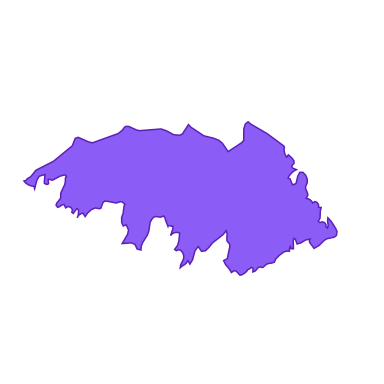 outline of Corse-du-Sud, rotated 306°
{"feature_id": "FRA-5281", "entity_name": "Corse-du-Sud", "entity_type": "Metropolitan department", "adm_level": 1, "iso_a3": "FRA", "parent_name": "France", "parent_adm1": "", "projection": "equal_earth", "projection_center": [8.909, 41.876], "detail": "fine", "context": "isolated", "style": "filled", "palette": "violet", "viewbox_px": 384, "rotation_deg": 306, "n_neighbors": 0, "source": "natural_earth", "source_scale": "10m", "svg_char_len": 3576}
<svg xmlns="http://www.w3.org/2000/svg" viewBox="0 0 384 384"><g transform="rotate(306 192 192)"><path d="M281.8,196.1L281.5,199.6L283.4,218.6L283.2,239.1L282.5,240.5L280.9,241.2L278.8,243.0L276.9,245.4L275.8,248.1L278.7,248.1L278.2,253.1L277.1,256.2L275.1,257.7L272.9,257.5L271.2,257.6L270.5,259.2L271.5,263.4L268.6,262.0L265.4,261.3L262.3,261.1L259.8,261.5L260.2,263.9L258.2,266.7L257.0,269.3L259.9,271.2L266.9,268.3L271.2,267.6L273.1,270.2L272.4,274.1L270.3,277.5L267.3,279.8L263.5,280.6L261.5,281.9L259.9,284.8L257.7,287.5L254.0,288.2L254.9,290.2L255.1,292.2L254.9,294.1L254.0,296.1L256.5,297.0L257.1,299.2L256.2,301.7L254.0,303.5L255.4,305.6L252.0,307.0L246.2,310.9L242.5,311.4L242.5,313.4L244.5,315.0L245.2,317.2L244.5,319.4L242.5,321.1L242.5,322.8L245.0,321.8L248.4,318.6L251.0,317.1L250.2,321.3L248.5,326.0L246.7,330.2L245.2,332.6L241.7,334.4L238.9,333.5L233.6,328.7L230.3,327.3L223.6,326.3L218.1,323.9L220.4,316.7L221.4,315.7L223.4,315.2L219.9,312.1L214.8,310.0L211.7,307.5L214.5,303.5L214.5,301.8L212.0,302.6L205.7,307.5L204.3,305.6L204.8,305.0L205.0,304.8L205.3,304.5L205.7,303.5L203.5,304.2L202.6,304.7L201.4,305.6L199.9,303.5L197.7,301.6L192.2,299.9L187.0,299.1L183.7,299.9L181.4,298.3L179.6,296.4L177.5,294.8L172.6,293.7L172.0,292.7L171.6,291.4L170.4,290.3L168.4,289.8L166.7,289.8L165.0,289.5L163.1,288.2L166.1,286.3L166.1,284.6L163.4,283.6L161.8,282.7L159.8,282.9L156.8,282.1L154.1,280.9L152.9,279.7L153.9,274.3L153.2,272.4L150.0,271.2L151.6,267.6L153.0,261.8L155.1,257.9L158.8,259.7L170.2,254.6L172.0,252.9L173.0,249.0L175.4,247.1L178.3,245.4L180.9,242.4L175.9,242.2L162.5,238.4L157.3,238.3L152.3,237.4L149.6,234.6L151.5,229.0L146.2,229.0L137.4,232.3L132.4,232.7L132.9,231.7L134.0,229.0L131.0,229.2L128.7,228.6L126.5,227.6L123.8,227.0L126.6,225.6L132.6,224.6L135.3,223.1L137.1,220.8L138.1,217.9L137.7,215.3L135.3,213.8L135.3,211.7L140.2,211.7L144.5,210.2L151.5,206.2L150.5,203.5L148.8,201.7L146.7,200.6L144.2,200.3L151.3,198.0L153.0,196.5L152.4,195.9L151.7,194.0L150.8,192.4L150.1,192.7L152.6,188.7L153.0,188.7L153.6,187.2L155.5,184.9L155.9,183.1L155.4,183.0L153.0,181.2L151.7,178.7L150.8,177.0L149.4,176.0L147.2,175.5L142.9,175.9L135.6,179.8L131.0,181.2L122.2,181.8L118.5,182.7L115.1,184.8L113.6,181.2L116.1,176.6L115.2,172.8L109.2,165.8L119.7,164.8L123.8,163.1L126.8,158.2L124.1,156.4L125.9,153.1L130.1,150.0L134.7,148.7L135.8,147.9L141.6,144.9L142.7,144.9L143.0,141.4L141.8,139.5L138.5,137.1L134.8,129.2L133.3,126.7L131.1,126.2L125.1,127.8L123.9,126.7L122.3,123.2L118.5,120.9L113.6,119.9L109.3,120.0L110.3,117.4L110.9,116.4L109.3,115.0L107.5,114.2L105.6,114.0L103.6,114.3L105.7,113.8L107.5,113.0L110.9,110.6L110.9,108.6L104.9,108.6L104.9,106.7L107.4,105.7L108.3,103.0L107.5,100.3L104.9,99.1L106.7,95.9L104.9,94.3L102.1,93.4L100.6,92.3L101.5,89.7L103.7,89.1L109.3,89.4L110.9,88.6L112.5,87.4L114.5,86.3L123.1,84.7L126.0,83.4L128.2,81.8L129.4,81.2L130.4,81.5L130.9,81.2L131.1,79.0L128.0,76.6L127.6,76.1L119.7,72.3L119.1,71.3L118.6,69.4L117.6,68.3L114.6,70.9L113.4,70.8L112.6,69.6L112.2,67.6L113.3,66.6L119.7,62.8L115.0,59.1L110.5,59.5L102.1,62.8L103.7,60.8L102.4,58.4L101.6,55.4L101.5,52.2L102.1,49.6L104.0,51.0L106.0,50.9L109.4,52.5L118.0,53.0L135.5,61.9L159.0,68.0L166.8,66.0L169.3,67.7L171.7,78.6L173.3,82.6L195.9,97.9L200.9,99.3L204.9,99.3L206.4,100.1L207.9,102.4L209.6,110.8L210.7,113.4L224.8,129.9L226.4,134.9L227.6,143.6L230.6,148.6L233.4,150.1L244.5,149.5L243.8,153.1L244.4,168.5L248.3,178.1L249.6,183.2L249.3,188.0L245.9,197.5L261.1,203.2L264.1,203.5L273.4,196.9L278.3,195.2L281.8,196.1Z" fill="#8b5cf6" stroke="#5b21b6" stroke-width="1.5"/></g></svg>